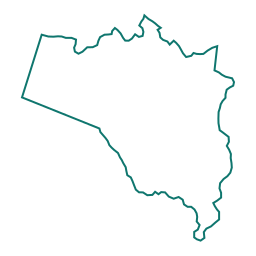 Gracho Cardoso, Sergipe, Brazil
{"feature_id": "56859067B73235576030104", "entity_name": "Gracho Cardoso", "entity_type": "district", "adm_level": 2, "iso_a3": "BRA", "parent_name": "Brazil", "parent_adm1": "Sergipe", "projection": "mercator", "projection_center": [-37.201, -10.239], "detail": "fine", "context": "isolated", "style": "outline", "palette": "teal", "viewbox_px": 256, "rotation_deg": 0, "n_neighbors": 0, "source": "geoboundaries", "source_scale": "gbopen_adm2", "svg_char_len": 1902}
<svg xmlns="http://www.w3.org/2000/svg" viewBox="0 0 256 256"><path d="M217.2,46.2L212.3,47.8L207.6,50.6L203.4,53.9L200.1,54.1L196.6,53.9L193.5,53.0L191.3,55.8L186.1,57.0L183.0,53.3L180.7,49.1L179.0,46.1L176.2,42.9L173.7,40.7L169.7,44.6L167.4,41.5L163.1,39.9L160.3,37.4L159.5,32.8L157.6,29.8L160.7,27.8L157.9,25.8L155.1,23.3L152.4,21.3L148.5,19.0L144.4,15.4L143.4,18.8L141.3,21.6L139.3,25.5L142.4,28.2L143.4,31.9L142.6,35.9L138.9,36.9L135.1,34.3L131.9,38.6L128.7,40.7L125.2,40.6L123.1,37.9L120.6,33.4L117.5,30.0L114.9,28.0L112.2,31.0L111.6,34.1L108.2,34.5L104.5,34.7L100.1,37.1L98.4,40.8L97.2,45.1L92.7,47.2L87.2,47.3L82.5,51.7L78.5,53.7L74.9,51.6L74.1,47.7L75.6,44.2L76.0,39.6L71.6,37.9L65.9,37.9L61.7,36.5L58.0,36.3L53.4,36.7L48.3,36.5L41.7,34.7L24.1,90.7L22.0,97.4L99.4,128.5L100.4,132.1L103.0,135.1L105.5,138.0L107.7,141.0L109.4,145.2L111.6,147.6L114.2,150.0L118.0,153.0L120.0,157.4L121.8,160.1L123.3,163.2L125.7,167.2L126.3,170.7L127.3,175.2L130.8,177.4L132.5,181.1L134.1,185.3L135.8,189.6L139.0,192.3L143.0,192.4L147.3,195.2L152.4,194.9L155.1,191.8L158.5,194.2L161.2,192.1L165.1,192.4L168.8,196.6L173.7,198.7L178.6,197.0L182.7,199.7L184.0,204.4L187.6,206.8L191.2,206.8L194.5,209.5L196.6,213.3L197.2,216.9L196.7,221.5L199.6,225.0L197.8,229.6L194.2,231.9L194.2,237.4L196.9,239.3L200.6,240.6L204.4,237.9L203.8,232.1L206.4,228.6L211.0,226.4L215.4,222.5L219.1,219.5L219.1,215.6L219.1,211.9L217.0,209.5L214.8,206.1L213.3,203.0L217.2,200.6L221.1,197.6L221.1,192.8L219.5,188.4L220.1,183.2L223.6,179.0L227.4,176.2L230.3,172.7L231.8,167.6L231.5,163.1L230.7,158.1L230.9,154.0L229.1,149.7L226.8,145.9L228.9,141.8L228.6,136.9L222.6,132.3L219.7,130.2L218.5,123.2L218.4,118.4L218.6,112.0L219.9,108.0L220.7,104.3L222.6,101.0L225.5,97.8L225.5,94.5L226.7,89.7L229.9,87.4L233.2,85.7L234.0,82.1L232.1,78.3L225.5,76.7L221.8,74.7L218.9,72.4L214.5,70.4L217.2,46.2Z" fill="none" stroke="#0f766e" stroke-width="2"/></svg>